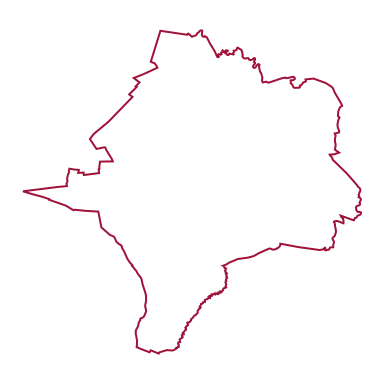 Acas, Satu Mare, Romania
{"feature_id": "2599482B53460210848238", "entity_name": "Acas", "entity_type": "district", "adm_level": 2, "iso_a3": "ROU", "parent_name": "Romania", "parent_adm1": "Satu Mare", "projection": "natural_earth1", "projection_center": [22.756, 47.519], "detail": "fine", "context": "isolated", "style": "outline", "palette": "rose", "viewbox_px": 384, "rotation_deg": 0, "n_neighbors": 0, "source": "geoboundaries", "source_scale": "gbopen_adm2", "svg_char_len": 5940}
<svg xmlns="http://www.w3.org/2000/svg" viewBox="0 0 384 384"><path d="M149.6,352.3L150.7,350.3L158.7,353.6L159.2,352.4L159.5,352.3L166.8,350.1L172.1,350.5L173.3,350.3L175.7,349.0L176.2,348.5L176.1,348.4L176.2,347.9L176.9,348.0L176.9,347.6L177.5,347.4L177.7,347.0L178.6,347.0L178.9,346.0L178.6,344.2L178.0,343.9L178.2,342.6L178.8,342.2L180.0,342.0L179.7,341.5L179.9,340.7L179.6,339.7L179.7,339.3L182.7,337.4L182.6,336.9L182.0,336.4L182.3,335.7L181.9,335.0L182.5,334.6L183.8,334.3L183.7,333.8L182.8,333.5L182.7,332.8L183.8,332.5L183.9,331.8L184.6,330.8L186.0,329.8L185.7,329.0L185.9,328.6L185.4,327.8L186.0,327.4L186.1,326.4L187.2,325.9L188.0,325.1L188.0,324.5L187.6,324.1L187.2,322.7L187.7,322.4L189.1,322.4L189.7,322.0L190.3,321.1L191.1,320.6L191.1,319.1L192.6,318.1L194.3,315.6L196.0,314.9L196.5,313.8L197.3,313.3L197.7,312.6L197.6,311.0L198.8,309.2L199.5,308.9L200.6,307.5L199.6,306.9L201.0,304.8L200.9,304.0L202.8,303.4L202.8,302.4L203.6,302.2L204.2,301.7L204.9,301.9L204.9,300.0L208.6,298.4L208.8,298.0L208.4,297.6L208.4,297.4L210.1,297.9L210.0,297.2L209.1,296.5L209.2,296.1L209.5,295.9L211.4,296.0L211.3,295.0L211.4,294.5L211.9,294.6L212.1,295.2L212.4,295.3L212.9,294.7L212.8,294.2L214.1,294.1L214.8,293.4L215.2,294.4L215.4,294.5L215.6,294.2L215.4,293.8L216.3,293.5L215.9,293.0L216.8,293.6L217.7,293.6L217.8,294.2L218.0,294.2L218.5,293.8L218.1,293.4L218.8,293.2L218.2,292.6L218.4,292.3L220.7,292.4L220.3,291.4L220.7,291.4L221.4,291.9L221.8,291.7L222.4,290.6L223.2,290.2L223.2,288.9L223.6,288.4L224.3,288.0L225.4,287.9L226.2,287.3L225.5,286.2L226.1,285.1L226.3,284.1L225.5,282.8L225.6,281.8L225.8,281.3L226.3,281.1L225.8,280.2L226.6,278.4L227.2,277.8L227.0,277.2L226.4,277.0L226.7,275.6L226.3,275.2L225.9,273.8L225.9,273.5L226.7,273.6L226.9,273.4L226.5,273.0L225.7,272.9L225.7,271.9L225.0,270.8L225.2,270.3L225.6,270.1L225.6,269.1L226.0,268.4L224.7,268.0L223.9,266.7L224.2,265.9L223.3,265.6L226.4,264.5L229.0,262.7L237.9,259.0L246.8,257.8L250.6,257.0L254.1,255.9L258.6,253.3L269.3,248.5L271.0,248.8L272.7,249.7L276.1,249.1L276.8,248.4L277.9,248.0L279.8,246.3L280.3,244.9L280.3,243.7L298.5,247.1L319.5,250.0L322.5,249.6L325.0,247.7L325.4,248.2L324.9,249.8L325.1,250.2L326.1,250.3L328.3,249.6L328.9,249.7L330.2,247.4L333.2,247.3L333.3,244.7L334.1,242.0L332.4,238.7L332.8,237.6L334.7,236.0L336.0,232.1L335.9,230.2L335.0,225.8L335.0,224.7L334.5,222.6L333.9,222.1L334.2,221.4L337.1,220.9L343.4,223.3L343.6,221.6L343.1,218.7L341.2,216.8L340.7,215.6L353.7,220.3L354.1,220.1L354.6,218.5L355.1,218.0L356.3,217.7L357.5,215.8L360.0,214.8L360.6,214.3L360.9,213.7L361.0,212.5L359.4,211.8L358.3,212.0L357.0,211.3L356.3,209.7L355.9,207.6L356.7,206.1L359.3,205.3L360.1,204.4L360.1,203.8L359.5,202.7L360.8,200.0L360.9,199.3L360.1,197.8L358.6,197.2L359.2,195.8L358.6,194.7L359.3,193.4L359.4,192.4L360.2,191.3L360.4,189.3L359.3,187.7L358.2,187.0L356.4,184.4L346.6,173.2L332.8,159.8L332.5,159.5L332.5,158.4L331.3,156.6L330.3,155.7L329.7,154.6L334.2,154.3L339.1,152.6L334.9,149.7L335.6,145.8L335.6,144.0L335.1,142.5L334.9,139.4L335.6,135.7L334.7,133.5L339.0,132.5L339.2,131.7L339.1,130.8L337.8,127.5L337.5,125.0L337.8,122.2L338.9,118.4L339.5,117.5L338.0,116.2L338.2,111.8L338.9,109.7L339.8,107.7L340.4,107.0L342.2,105.8L340.8,102.9L335.0,93.1L332.9,88.2L331.2,86.5L325.7,83.0L313.5,78.6L305.5,79.4L305.9,80.9L305.7,81.6L303.0,82.5L302.4,83.9L301.9,84.4L300.9,85.2L299.9,85.6L300.2,86.6L299.4,87.7L294.4,87.8L293.3,87.1L292.3,84.6L290.7,83.3L290.9,81.8L290.6,80.4L293.4,80.1L294.8,79.0L294.9,78.4L294.4,77.4L293.2,76.8L287.1,78.1L285.7,78.1L285.3,77.6L282.1,78.2L268.9,82.6L267.8,82.5L266.4,81.7L262.7,82.4L262.0,80.3L262.3,77.9L262.3,76.8L261.8,75.7L261.4,73.8L260.0,71.5L259.2,67.9L259.1,65.9L259.5,64.8L258.6,64.1L258.2,64.1L256.7,65.5L255.5,67.4L254.5,67.9L253.7,67.8L253.2,67.3L253.0,66.2L253.5,65.2L254.3,64.6L255.1,63.3L255.0,62.7L254.1,62.3L254.0,61.8L254.1,61.2L255.1,59.6L255.0,58.5L254.5,58.1L254.1,58.1L251.9,59.7L250.2,60.1L249.1,59.6L248.5,58.3L248.2,58.1L244.8,58.5L243.8,58.2L242.7,57.0L242.4,56.2L242.8,54.7L242.1,52.7L242.3,51.8L241.7,51.1L241.4,49.8L239.7,49.0L237.9,47.7L237.0,48.1L236.5,49.9L235.6,50.4L233.7,50.7L234.1,51.7L233.2,53.1L233.7,54.2L233.5,54.5L229.4,53.6L229.1,53.8L228.6,55.0L228.0,55.1L226.8,54.5L225.9,53.4L225.0,52.9L225.2,52.2L227.6,51.4L227.8,50.8L227.5,50.4L226.1,50.3L224.0,52.1L223.4,51.9L222.9,50.6L222.6,50.3L222.4,50.5L222.2,51.9L221.1,52.7L221.6,54.3L220.8,54.7L219.1,54.2L218.4,54.3L218.0,55.4L218.9,56.7L218.5,57.1L217.8,57.1L217.4,57.0L216.8,56.0L214.6,51.0L209.9,43.4L206.9,37.4L204.9,36.2L204.8,36.6L204.0,36.9L203.0,36.6L202.3,36.1L201.9,34.9L201.9,33.5L202.3,31.3L202.2,30.7L201.9,30.4L201.0,30.4L200.0,30.8L198.2,32.7L197.1,33.4L196.6,34.6L196.2,35.2L192.0,36.7L191.4,36.4L189.6,34.5L188.2,33.6L187.8,33.8L187.5,34.7L186.7,34.7L160.4,30.8L150.8,61.8L154.3,63.2L155.1,63.8L156.5,65.8L157.4,67.7L143.6,74.1L133.8,78.0L139.5,82.4L135.7,86.3L136.7,86.9L129.2,94.4L132.5,96.9L108.6,121.6L93.7,134.0L89.9,139.0L96.5,148.9L104.4,147.3L105.3,147.5L106.2,149.8L111.8,158.9L112.8,161.4L100.1,161.6L99.3,166.5L99.4,169.1L98.7,169.2L99.1,173.1L83.8,175.0L83.6,172.6L78.1,172.9L78.8,170.7L78.8,169.9L74.0,169.5L69.4,168.7L68.9,170.6L68.8,173.2L68.1,174.1L67.1,178.4L67.4,180.6L67.2,182.4L66.5,183.4L66.9,186.1L57.4,187.0L23.0,191.3L31.4,193.9L42.3,196.8L49.4,199.2L49.2,199.8L65.8,205.6L73.4,210.2L74.3,209.7L84.9,210.8L98.3,211.6L101.4,227.4L110.0,235.0L112.0,235.7L113.9,236.7L114.9,238.1L115.9,240.8L116.8,242.2L118.8,243.9L121.5,245.6L121.8,246.2L121.8,247.3L122.1,248.1L124.1,251.3L126.6,257.1L128.0,259.8L129.8,262.4L132.4,265.2L131.9,265.6L136.3,271.0L137.8,273.8L140.3,277.0L141.4,278.7L142.6,284.3L145.5,293.3L146.0,295.9L146.1,300.4L145.3,304.7L145.2,306.5L145.9,309.5L146.1,311.5L144.1,316.3L142.6,317.7L140.3,318.7L140.2,320.3L139.3,321.5L138.7,323.0L138.1,326.2L135.8,330.5L135.7,333.2L137.1,341.0L136.7,347.3L138.1,347.5L138.7,348.1L149.6,352.3Z" fill="none" stroke="#9f1239" stroke-width="2"/></svg>